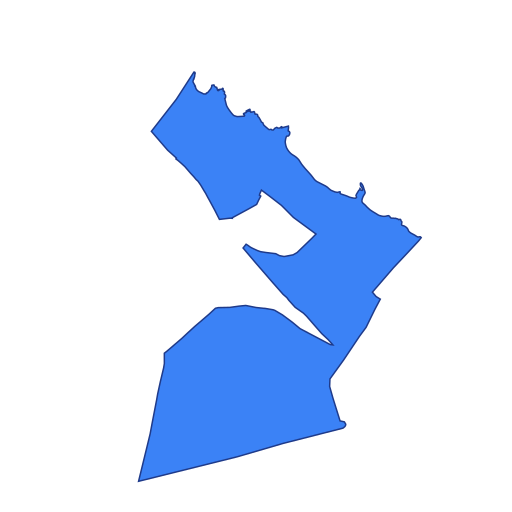 Al Raml, Al Iskandariyah, Egypt, rotated 77°
{"feature_id": "37247803B98787115048764", "entity_name": "Al Raml", "entity_type": "district", "adm_level": 2, "iso_a3": "EGY", "parent_name": "Egypt", "parent_adm1": "Al Iskandariyah", "projection": "albers", "projection_center": [29.965, 31.237], "detail": "fine", "context": "isolated", "style": "filled", "palette": "blue", "viewbox_px": 512, "rotation_deg": 77, "n_neighbors": 0, "source": "geoboundaries", "source_scale": "gbopen_adm2", "svg_char_len": 5902}
<svg xmlns="http://www.w3.org/2000/svg" viewBox="0 0 512 512"><g transform="rotate(77 256 256)"><path d="M449.1,421.1L447.4,319.1L444.7,271.8L443.3,210.0L442.8,208.9L442.5,208.4L442.2,207.8L441.3,206.9L440.1,206.4L437.5,207.2L436.8,208.6L435.6,211.2L411.9,213.0L399.7,213.6L392.4,211.6L377.1,194.1L357.3,173.0L350.3,164.8L334.9,152.3L326.0,144.6L322.5,148.1L317.4,150.7L298.3,124.6L287.1,107.8L277.9,94.2L275.3,90.9L274.7,91.2L274.4,91.4L274.2,91.7L274.1,92.1L274.0,93.1L274.0,93.6L273.8,94.1L273.5,94.5L273.2,94.9L271.4,96.6L268.5,99.9L267.7,100.6L267.2,101.0L266.6,101.4L265.9,101.7L265.4,101.8L264.1,102.0L263.3,102.3L263.0,102.4L262.0,103.0L261.1,103.8L260.5,104.4L260.0,105.0L259.2,106.5L258.7,107.0L258.2,107.1L257.9,107.1L256.3,106.4L255.7,106.2L255.2,106.3L254.5,106.7L254.2,106.8L253.3,106.8L253.1,106.9L252.8,107.1L252.7,107.2L252.6,107.5L252.7,108.4L252.7,108.7L252.6,108.9L252.1,109.2L251.7,109.7L251.3,110.5L250.7,111.4L250.6,111.8L250.4,112.8L250.0,113.7L249.8,114.8L249.6,115.4L249.5,115.6L249.1,116.1L248.9,116.3L248.5,116.5L247.6,116.8L247.1,117.1L246.8,117.5L246.5,117.8L246.5,118.1L246.4,118.6L246.4,120.9L246.2,122.2L246.0,123.0L245.5,124.3L244.9,125.5L244.3,126.6L244.0,127.1L243.4,127.8L241.4,129.8L239.2,132.1L236.9,134.3L235.2,135.5L233.3,136.8L231.0,138.1L228.8,139.7L228.2,140.1L227.6,140.4L227.1,140.4L226.6,140.5L225.8,140.3L225.2,140.1L224.0,139.5L223.2,139.0L222.1,138.2L221.4,137.6L219.8,136.0L219.2,135.6L218.7,135.4L218.0,135.4L217.3,135.4L216.1,135.6L213.4,135.8L212.1,135.9L210.9,136.2L210.0,136.5L209.1,136.9L208.7,137.1L208.5,137.3L208.4,137.6L208.5,137.7L208.5,137.8L208.8,138.0L209.7,138.2L210.3,138.3L210.9,138.3L211.4,138.2L213.4,137.5L214.2,137.3L215.2,137.3L215.7,137.4L215.9,137.6L216.0,137.7L216.0,137.9L215.8,138.3L215.2,139.2L214.9,139.9L213.7,139.4L213.6,139.5L214.9,140.1L215.1,141.0L218.5,144.3L219.6,145.0L220.7,144.8L221.6,144.9L222.1,146.1L221.6,147.7L220.8,149.5L219.8,151.5L218.1,153.8L216.8,155.8L214.7,159.3L213.9,160.0L212.6,159.6L212.3,159.7L212.3,160.3L212.3,162.5L211.3,164.7L209.9,166.7L208.7,168.3L206.6,169.9L205.1,170.9L203.4,172.5L197.2,179.9L196.4,180.6L195.6,181.2L194.7,181.8L190.1,183.9L189.1,184.4L183.7,187.4L182.1,188.3L178.5,190.1L176.8,190.9L175.4,191.4L172.0,192.6L170.9,193.2L170.1,193.7L168.8,194.6L167.3,195.9L165.3,197.9L164.5,198.6L163.4,199.4L161.8,200.3L160.5,200.9L159.4,201.3L157.7,201.8L157.3,201.9L154.9,202.1L152.4,202.0L151.1,201.8L148.4,200.7L146.7,199.7L146.2,199.2L146.3,197.3L145.4,196.2L144.8,195.8L143.6,195.3L143.2,195.3L142.2,195.5L141.9,195.8L141.5,196.4L141.3,196.5L138.2,195.4L136.7,195.2L136.9,202.0L135.9,201.8L135.7,202.2L136.7,204.0L136.6,204.4L136.3,205.9L135.5,206.6L135.3,206.9L135.8,209.0L137.0,210.6L137.1,210.9L136.8,212.1L136.1,212.6L135.9,213.0L135.9,214.4L135.6,215.1L130.4,218.9L128.8,219.3L127.7,219.4L126.7,220.6L126.1,220.7L124.5,221.1L121.6,222.0L120.9,222.5L120.5,222.8L120.1,222.8L119.5,222.7L118.9,222.7L118.2,223.1L117.8,223.9L117.7,224.5L117.6,224.9L117.5,225.0L115.3,225.1L114.8,225.5L114.9,227.8L114.7,228.1L114.8,228.6L114.5,228.8L114.0,228.7L113.9,228.7L113.6,229.5L113.4,229.5L113.1,229.2L113.0,229.3L113.3,232.1L113.3,232.4L113.0,232.4L112.9,232.1L112.4,229.3L112.1,228.9L111.8,228.9L111.6,229.2L112.0,231.0L112.3,232.1L112.6,233.0L113.3,233.1L114.0,233.3L114.2,235.3L114.4,235.9L114.6,236.2L115.1,236.2L115.4,235.7L115.9,235.8L116.3,235.5L116.6,235.5L116.9,235.7L117.1,236.1L116.4,240.5L115.9,243.1L114.5,245.5L114.0,246.1L113.0,246.8L110.7,248.0L107.2,249.5L105.0,250.3L103.1,250.8L101.8,250.9L95.5,251.0L95.5,250.8L95.4,250.6L95.1,250.2L94.5,249.9L93.2,249.5L92.3,249.6L92.0,249.7L91.6,250.0L91.4,250.3L91.2,250.4L90.7,250.3L90.3,250.1L89.5,249.8L88.6,249.8L88.4,249.9L88.1,250.1L88.1,250.4L87.7,250.8L85.5,250.4L85.3,250.5L85.1,250.8L85.2,251.1L85.8,251.4L85.8,251.5L85.7,253.1L85.4,253.5L85.5,254.0L85.8,254.2L86.0,254.4L86.1,254.7L85.9,254.8L85.5,254.7L85.5,254.9L85.6,255.0L86.0,255.0L86.4,255.3L86.2,255.9L86.1,256.1L85.6,256.2L85.3,256.2L84.8,256.0L84.7,256.0L84.2,256.4L83.5,256.4L83.1,256.3L82.9,256.3L82.7,256.5L82.4,257.4L82.0,257.7L81.3,258.2L80.7,258.4L80.1,258.4L79.8,258.6L79.9,259.1L79.9,259.5L79.7,259.9L79.7,260.1L79.7,260.5L79.9,260.7L80.2,260.9L80.7,260.9L80.9,261.0L82.0,261.8L82.7,262.2L85.6,265.9L86.0,266.6L86.0,266.9L86.0,267.5L86.2,267.8L86.3,267.8L86.5,267.7L86.6,267.8L86.7,268.3L86.8,268.9L86.5,269.6L86.5,270.0L86.3,270.6L85.8,271.2L84.9,272.2L84.0,273.5L83.8,273.6L83.2,274.5L82.2,275.4L81.2,276.1L80.1,276.6L79.7,276.7L79.4,276.9L79.1,276.9L78.6,277.0L78.1,276.9L77.3,277.0L76.7,277.3L76.6,277.0L73.1,278.0L72.2,278.2L71.8,278.1L71.3,278.0L70.0,277.2L69.6,276.7L69.4,276.9L68.4,276.1L67.5,275.5L65.5,274.8L64.3,274.2L63.8,274.4L63.4,274.2L62.9,274.8L63.5,275.2L63.2,275.5L85.4,298.4L111.0,329.9L133.0,318.3L142.7,311.5L143.4,312.2L145.5,310.4L149.1,307.8L152.9,305.2L160.9,301.0L164.7,298.8L167.9,297.2L170.1,295.7L174.6,293.9L181.2,291.8L183.5,291.0L188.0,289.8L191.1,288.9L202.4,285.8L212.1,283.4L213.3,272.8L213.9,270.8L213.5,270.9L208.4,252.4L205.9,243.8L202.1,240.8L198.7,237.9L197.5,239.0L196.2,238.3L194.1,236.7L193.0,235.9L200.8,229.3L212.3,219.9L215.8,217.7L226.8,210.9L248.1,192.6L251.2,197.4L261.9,215.2L262.2,216.2L263.2,219.6L262.9,227.5L262.8,228.8L260.9,233.1L258.2,236.2L254.8,245.6L252.8,250.6L251.0,253.4L247.9,257.4L246.2,259.4L243.8,261.5L242.3,263.0L245.3,266.8L262.4,258.0L286.2,245.4L299.5,238.2L303.5,235.3L306.5,234.0L314.8,229.4L322.4,222.6L326.0,220.3L336.7,214.6L346.4,209.4L353.7,204.5L359.5,201.3L359.9,201.1L359.0,203.6L336.7,229.4L329.1,235.2L319.3,243.5L313.2,249.9L312.2,251.5L309.1,258.9L308.7,260.3L306.2,267.5L301.9,277.1L301.0,284.0L300.2,293.0L297.8,304.4L297.8,307.3L302.0,314.6L310.9,331.6L315.3,339.4L319.5,346.6L328.8,364.4L330.1,367.2L340.2,369.5L344.3,371.2L356.8,377.4L368.2,382.8L374.1,385.3L394.6,394.4L405.6,399.2L449.1,421.1Z" fill="#3b82f6" stroke="#1e3a8a" stroke-width="1.5"/></g></svg>